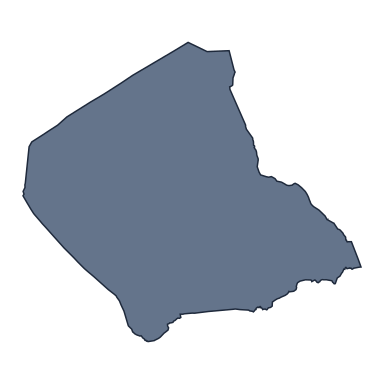 San Pedro Mártir Yucuxaco, Oaxaca, Mexico (Robinson projection)
{"feature_id": "50627088B78059465954493", "entity_name": "San Pedro Mártir Yucuxaco", "entity_type": "district", "adm_level": 2, "iso_a3": "MEX", "parent_name": "Mexico", "parent_adm1": "Oaxaca", "projection": "robinson", "projection_center": [-97.623, 17.452], "detail": "fine", "context": "isolated", "style": "filled", "palette": "slate", "viewbox_px": 384, "rotation_deg": 0, "n_neighbors": 0, "source": "geoboundaries", "source_scale": "gbopen_adm2", "svg_char_len": 3622}
<svg xmlns="http://www.w3.org/2000/svg" viewBox="0 0 384 384"><path d="M29.1,146.7L25.3,183.2L24.9,184.8L25.0,187.5L23.1,191.4L24.0,194.1L23.0,195.8L27.0,202.7L31.0,209.4L33.7,213.6L34.6,214.7L39.9,220.8L42.4,223.8L46.0,227.7L51.5,233.9L64.2,248.1L73.8,257.7L78.1,262.3L82.2,266.4L84.4,268.6L87.6,271.4L93.8,276.6L108.3,289.6L114.1,294.1L116.2,295.9L116.8,297.2L119.4,300.8L121.1,305.0L124.0,311.2L128.2,325.4L128.4,325.9L131.8,329.3L131.9,330.0L132.2,330.3L132.2,330.5L132.3,331.0L132.8,332.1L133.4,332.3L134.1,333.2L134.6,333.7L135.0,333.9L135.6,334.2L136.3,334.7L137.6,335.2L139.7,335.9L140.0,336.1L141.0,335.7L141.6,336.2L142.6,337.8L142.8,337.9L144.4,339.1L145.0,340.3L145.3,340.3L145.8,340.3L145.9,340.6L146.7,341.2L147.1,341.0L147.5,341.2L148.0,341.6L154.3,340.6L154.5,340.4L154.9,340.2L155.9,339.7L158.5,338.4L159.5,337.7L160.4,337.0L164.3,332.9L165.1,332.4L168.0,330.1L168.6,327.8L167.6,326.1L167.5,324.2L169.1,323.6L169.6,322.9L170.8,322.9L172.9,322.4L173.7,321.1L175.1,320.4L176.8,318.8L177.9,318.1L179.5,318.3L180.8,317.5L180.2,314.2L183.0,314.2L183.5,314.0L184.4,313.8L192.3,313.1L194.5,313.2L208.3,311.5L233.0,309.3L235.3,309.0L240.0,309.6L248.5,310.1L248.8,310.2L249.7,310.9L252.3,311.3L253.4,311.9L254.2,311.1L255.2,309.8L256.0,309.5L256.0,308.5L257.0,307.5L257.8,307.5L258.0,307.1L258.8,307.5L260.1,306.5L260.6,306.9L260.5,307.7L261.1,307.6L261.5,307.9L261.9,308.2L262.8,309.6L263.3,309.2L265.3,309.1L266.5,309.8L267.0,309.7L267.3,309.3L267.8,308.6L268.3,307.9L270.6,307.4L272.2,306.1L272.4,302.0L275.6,299.8L277.5,298.7L279.2,298.2L280.6,297.4L281.6,296.9L285.1,295.4L287.2,294.0L288.4,292.6L289.0,291.4L289.6,291.8L292.8,291.4L293.8,291.2L296.0,289.6L296.6,287.7L296.3,286.4L296.9,284.3L297.1,283.7L297.7,282.6L300.1,281.1L305.5,279.8L310.9,280.0L311.0,280.1L311.5,280.7L311.8,281.6L312.9,281.0L314.7,280.0L315.0,280.0L316.2,281.2L316.4,281.4L317.0,282.3L318.2,282.7L319.3,281.9L319.7,281.7L320.5,280.5L321.6,279.8L322.4,279.6L323.7,279.8L325.4,279.8L326.0,279.7L331.1,280.6L331.7,280.7L332.3,281.3L332.4,281.8L332.6,282.2L333.2,282.7L333.6,283.0L333.9,283.6L334.3,283.8L334.9,283.7L335.3,283.6L337.2,278.1L337.9,277.5L340.0,276.1L341.6,273.2L342.4,272.4L343.9,269.1L344.8,269.3L344.9,268.9L345.5,267.5L345.8,267.4L346.0,267.4L347.0,268.7L349.4,268.1L349.8,267.9L350.1,268.3L351.1,268.2L351.7,269.0L352.1,269.2L352.6,269.0L353.8,268.2L359.1,267.2L361.0,267.0L358.1,259.0L351.4,241.7L348.5,241.7L348.2,241.7L347.2,241.9L346.8,241.3L346.6,240.6L346.5,240.2L346.0,239.8L345.8,239.8L345.6,237.1L343.5,234.5L343.0,233.2L340.1,230.0L339.2,229.5L337.7,229.0L333.8,223.1L333.5,223.1L328.0,220.0L327.5,219.7L327.6,219.4L327.0,219.5L325.1,216.0L319.0,210.1L313.7,206.7L312.4,205.5L311.5,204.5L310.9,203.7L310.6,203.1L310.2,201.8L309.4,200.0L308.5,197.3L307.1,194.4L305.3,191.5L301.6,187.7L298.1,184.8L295.1,183.3L293.9,183.8L292.0,185.2L288.9,185.6L286.7,185.2L284.8,184.0L281.6,182.2L280.0,181.8L276.9,181.2L275.0,178.6L271.4,176.6L268.6,177.2L266.3,176.7L260.6,174.9L259.1,172.2L257.2,166.7L258.2,160.0L258.1,158.6L257.0,155.7L256.8,155.0L256.5,152.0L255.9,150.1L254.5,148.2L254.2,147.4L254.6,147.0L254.5,145.9L253.6,145.3L253.5,143.1L253.5,142.0L253.3,141.0L252.7,139.4L252.7,138.1L246.3,129.1L246.2,128.4L245.6,126.8L245.6,125.2L245.4,124.6L229.9,89.3L229.7,86.8L230.4,86.7L230.9,86.3L232.0,85.7L232.7,85.0L233.0,77.9L234.3,74.3L234.7,72.7L235.1,72.1L234.0,69.8L229.1,50.7L207.1,51.6L188.1,42.4L174.1,50.9L165.1,56.2L155.6,61.8L132.7,75.3L120.8,83.3L104.1,94.0L90.6,102.0L75.8,111.3L66.9,116.9L57.6,125.2L48.3,131.2L41.8,135.5L31.8,141.9L29.1,146.7Z" fill="#64748b" stroke="#1e293b" stroke-width="1.5"/></svg>